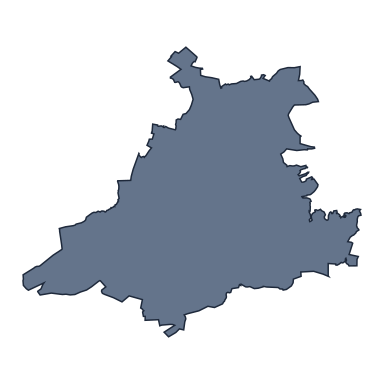 Nusfalau, Salaj, Romania (Equal Earth projection)
{"feature_id": "2599482B13357577818513", "entity_name": "Nusfalau", "entity_type": "district", "adm_level": 2, "iso_a3": "ROU", "parent_name": "Romania", "parent_adm1": "Salaj", "projection": "equal_earth", "projection_center": [22.717, 47.205], "detail": "fine", "context": "isolated", "style": "filled", "palette": "slate", "viewbox_px": 384, "rotation_deg": 0, "n_neighbors": 0, "source": "geoboundaries", "source_scale": "gbopen_adm2", "svg_char_len": 5997}
<svg xmlns="http://www.w3.org/2000/svg" viewBox="0 0 384 384"><path d="M168.6,336.8L175.8,332.5L179.4,328.9L183.7,329.9L184.8,321.8L185.8,318.9L185.4,316.9L184.2,314.9L187.6,313.7L198.9,310.8L207.9,306.3L214.5,307.5L222.5,303.9L223.7,301.9L224.5,301.2L224.8,300.1L226.3,297.7L226.4,296.1L226.1,295.0L226.3,293.6L226.6,292.9L227.9,292.3L229.3,292.8L230.7,292.4L231.8,288.9L232.2,288.6L238.5,287.6L239.5,284.7L240.8,285.5L241.1,284.2L245.5,286.8L247.1,287.0L249.9,286.6L254.3,288.6L258.3,288.2L263.2,286.8L263.2,286.4L263.6,286.4L266.6,287.0L277.6,287.5L278.4,287.6L279.8,288.9L282.7,289.1L283.1,290.1L286.5,289.4L291.4,285.9L293.1,282.8L293.4,279.1L301.1,276.3L300.8,272.0L313.7,271.3L323.0,274.1L328.7,276.5L328.2,275.8L328.2,263.5L335.7,264.0L335.7,264.9L337.0,265.2L339.3,264.0L341.2,262.4L342.1,262.9L343.5,262.6L345.4,260.9L345.4,258.9L345.9,258.3L346.5,260.2L345.7,262.1L346.6,263.6L348.2,264.5L349.0,265.9L356.9,265.8L357.0,259.4L358.3,256.5L349.1,254.5L352.7,243.2L351.4,242.3L347.7,241.7L350.2,237.2L352.6,235.4L353.6,235.1L355.8,233.0L356.4,231.6L358.9,230.0L358.7,229.4L357.1,227.6L357.0,226.7L356.7,226.4L356.6,225.1L357.3,221.6L357.2,219.4L357.9,216.6L358.7,215.8L361.0,215.2L360.6,213.2L359.4,210.9L360.5,209.5L357.2,208.9L355.4,209.3L354.7,209.9L353.9,209.7L353.2,210.1L351.8,212.3L349.8,212.7L349.0,213.6L347.1,212.8L344.9,213.0L344.0,214.1L345.9,215.9L345.3,217.2L344.6,217.3L344.4,216.3L343.4,215.8L343.1,216.3L343.3,216.9L342.5,216.6L341.6,216.9L340.9,217.7L340.7,217.0L339.7,216.4L340.1,215.6L339.4,214.6L337.5,213.3L336.6,213.5L336.5,213.1L337.0,212.9L337.1,212.1L336.7,210.5L333.8,210.9L332.7,213.5L331.7,213.5L331.5,212.5L330.8,211.9L329.7,212.6L328.4,215.8L328.4,218.7L328.0,219.8L327.0,220.3L325.3,219.3L324.5,218.3L324.3,216.8L325.4,214.8L324.1,212.0L321.6,210.7L320.5,209.3L317.9,210.5L316.1,209.8L314.9,210.0L314.8,210.6L315.4,211.5L315.2,211.9L312.5,213.5L311.2,216.0L311.6,218.9L312.2,220.0L310.6,221.4L309.7,221.6L309.3,219.8L309.9,219.0L310.7,218.6L310.9,217.3L310.3,214.4L309.2,212.2L309.2,211.2L309.8,211.7L310.1,211.1L310.3,206.5L310.0,205.3L310.2,203.3L309.8,202.8L310.1,202.0L311.1,201.3L310.2,199.2L309.2,198.6L306.9,197.9L303.0,197.9L302.5,197.7L301.9,196.6L306.8,195.8L307.0,195.1L310.1,194.7L311.0,194.2L314.1,191.6L315.5,189.9L317.6,186.7L318.0,184.7L314.0,179.1L311.6,179.5L311.8,178.8L312.7,178.0L311.8,176.8L306.4,179.1L306.1,180.7L304.8,181.6L302.9,182.2L301.7,182.1L299.7,178.5L302.8,176.6L306.2,175.5L307.3,173.8L308.4,173.0L308.7,172.2L307.8,172.2L305.6,173.7L299.1,175.8L298.1,174.7L299.6,173.4L300.4,172.0L300.4,171.2L300.0,170.7L300.7,169.9L304.2,168.6L304.9,168.7L305.8,167.9L307.4,167.7L307.5,167.3L306.2,166.5L305.9,165.4L300.8,166.7L296.5,165.1L294.2,165.9L292.5,166.0L289.8,165.6L287.1,166.6L286.8,165.2L283.5,162.5L282.8,158.8L280.7,154.1L284.0,151.9L286.6,148.9L296.8,150.5L304.2,149.7L307.4,149.9L307.6,149.7L307.6,148.9L311.8,148.9L314.6,148.3L314.4,147.1L310.9,146.7L300.1,143.6L300.1,136.8L300.9,136.4L300.8,135.8L299.8,135.4L297.3,133.2L294.4,129.8L289.0,117.8L288.2,115.5L288.5,114.0L289.5,112.3L292.8,106.9L294.4,105.0L305.9,104.7L309.0,103.9L312.7,102.2L318.4,101.6L317.6,99.2L314.9,95.2L309.5,89.2L307.6,86.6L305.6,85.4L303.8,83.6L303.9,81.9L302.8,80.0L301.4,80.5L298.4,80.6L299.7,74.4L300.1,66.6L294.4,67.7L287.9,67.6L280.2,69.5L278.2,70.9L276.5,73.3L272.9,76.4L272.2,77.3L271.7,78.6L270.0,79.9L269.5,81.1L263.1,78.4L265.2,75.5L263.6,74.7L261.5,75.1L261.4,76.3L259.9,78.8L258.9,79.2L254.2,79.7L251.6,76.2L250.7,76.4L251.0,77.7L249.2,79.6L246.4,81.1L244.3,81.4L243.2,81.0L240.7,81.4L236.5,83.5L231.6,83.9L229.2,84.8L228.3,84.1L226.2,84.7L225.4,84.0L221.6,86.6L221.7,87.9L220.9,88.2L219.7,84.6L218.7,79.3L211.7,77.7L205.5,76.8L200.7,75.4L200.4,69.4L202.6,69.1L202.4,68.3L199.2,68.1L195.5,67.4L191.1,65.9L192.3,63.3L193.5,62.0L194.1,61.5L195.1,61.8L197.0,57.5L196.8,56.8L185.9,47.2L178.6,53.2L175.1,51.6L170.9,56.2L171.5,56.7L167.9,60.9L177.0,66.5L181.0,69.3L170.4,77.1L170.5,78.1L171.2,78.0L173.4,79.4L174.7,82.3L175.6,82.4L178.0,81.7L178.9,82.3L179.6,83.1L181.0,86.4L181.7,87.1L183.2,87.7L189.4,86.8L189.7,89.5L191.8,94.6L193.1,99.3L191.4,105.0L189.5,109.5L186.1,113.5L183.1,114.3L180.6,119.4L178.0,119.0L176.2,120.0L176.1,122.8L175.6,124.5L176.1,126.0L175.9,127.6L175.8,128.9L175.3,129.8L168.5,128.1L165.7,126.5L164.3,127.5L163.5,127.4L163.6,126.0L162.5,126.5L161.2,125.9L158.4,126.3L157.5,125.8L157.6,125.0L152.7,124.1L152.1,132.0L151.7,132.1L151.5,133.2L153.9,133.9L152.3,139.1L149.3,139.2L148.8,141.2L147.0,145.3L151.5,147.9L149.1,150.8L146.1,155.4L145.3,156.4L144.7,156.5L144.3,157.3L143.5,156.5L142.0,156.9L141.4,157.5L140.7,157.1L138.8,154.8L139.1,153.7L138.9,153.4L133.2,169.2L131.3,176.2L130.7,180.4L117.7,180.8L117.6,181.3L118.7,184.7L118.9,186.6L118.8,188.7L118.6,189.9L118.2,190.5L118.4,191.1L118.0,192.9L119.1,198.4L118.0,199.7L118.5,200.9L117.9,201.2L117.9,202.1L117.5,202.3L116.4,204.4L115.2,204.7L115.2,205.4L114.5,206.1L114.6,206.5L114.0,206.3L113.3,207.1L112.1,207.5L111.6,208.1L111.0,207.7L110.4,208.7L108.4,209.7L108.0,210.2L106.9,210.4L105.7,211.9L105.1,212.0L104.0,211.2L102.3,211.0L101.4,211.1L100.2,212.0L98.1,211.2L96.0,212.5L93.9,212.3L92.0,213.1L86.4,217.2L85.6,220.0L84.4,221.2L81.4,222.8L76.1,224.1L75.1,225.1L73.2,225.7L65.6,226.8L58.7,228.7L59.3,228.8L59.7,229.3L59.6,231.0L61.6,244.5L62.1,248.9L61.9,249.4L53.1,255.2L40.0,265.8L38.9,266.3L36.7,266.4L34.9,267.2L33.7,268.2L23.1,274.8L23.4,279.1L23.0,280.7L23.4,285.4L26.3,288.7L28.4,290.2L43.9,282.9L42.9,284.3L41.0,288.9L37.8,291.2L37.7,291.6L40.1,295.0L51.3,293.1L62.5,294.5L66.0,294.2L70.1,294.9L74.9,294.5L80.5,292.0L86.6,290.0L91.5,286.8L98.3,281.5L99.8,280.6L100.4,280.8L105.8,286.9L101.8,290.0L101.6,290.6L101.6,291.6L102.4,293.3L104.4,294.3L113.5,297.7L122.0,301.9L129.1,295.9L142.4,299.6L140.7,308.0L142.6,309.3L143.1,310.4L143.8,310.8L142.6,312.0L143.4,316.4L145.2,316.4L145.1,320.3L158.5,319.7L159.8,325.8L161.7,325.1L170.2,324.4L172.8,324.5L174.7,325.3L164.1,332.2L168.6,336.8Z" fill="#64748b" stroke="#1e293b" stroke-width="1.5"/></svg>